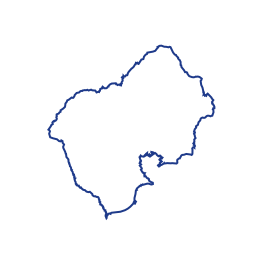 outline of Pasuruan, Jawa Timur, Indonesia, rotated 114°
{"feature_id": "22746128B81373906315979", "entity_name": "Pasuruan", "entity_type": "district", "adm_level": 2, "iso_a3": "IDN", "parent_name": "Indonesia", "parent_adm1": "Jawa Timur", "projection": "mercator", "projection_center": [112.85, -7.751], "detail": "fine", "context": "isolated", "style": "outline", "palette": "blue", "viewbox_px": 256, "rotation_deg": 114, "n_neighbors": 0, "source": "geoboundaries", "source_scale": "gbopen_adm2", "svg_char_len": 5775}
<svg xmlns="http://www.w3.org/2000/svg" viewBox="0 0 256 256"><g transform="rotate(114 128 128)"><path d="M41.5,133.6L41.5,133.2L42.6,133.4L43.1,133.7L46.4,134.5L48.1,136.3L51.3,141.0L51.9,140.8L52.8,140.8L53.7,141.7L56.2,142.4L58.8,142.0L60.0,143.6L65.2,144.4L65.3,144.7L64.5,145.9L65.0,146.3L65.2,147.3L66.6,146.9L66.9,147.4L69.7,147.7L71.7,148.5L72.1,148.9L76.4,150.2L78.3,150.4L79.6,150.1L80.1,150.2L80.7,151.3L82.2,151.7L82.5,152.7L82.2,153.3L82.7,153.1L82.7,153.5L83.9,154.0L84.2,154.1L84.6,152.7L85.5,153.0L87.0,152.1L88.7,152.4L89.5,152.3L89.7,152.0L90.2,152.3L90.3,151.9L91.0,152.1L91.9,151.7L92.1,152.5L91.7,152.8L92.0,153.1L91.9,153.8L93.0,155.0L92.7,155.6L92.9,156.6L92.5,156.8L93.0,157.6L92.5,157.3L92.2,157.5L94.0,160.9L95.4,162.1L97.1,162.8L97.7,162.7L97.7,162.9L98.5,163.3L99.5,163.3L100.5,164.0L101.3,165.7L100.6,168.0L101.6,168.1L102.3,167.7L103.5,169.2L105.5,168.8L106.0,169.3L106.9,169.1L107.0,169.8L108.3,171.2L107.1,173.1L108.1,175.9L108.0,177.3L109.8,179.3L109.6,180.6L110.6,181.7L110.9,182.8L112.2,184.7L112.8,184.9L113.2,185.9L113.8,186.5L115.4,187.1L116.9,189.2L119.6,190.1L120.7,189.9L122.5,190.2L122.9,190.5L123.1,191.9L126.4,193.7L127.4,194.7L129.0,194.6L131.1,195.1L133.3,194.4L134.5,194.2L136.8,195.2L139.3,196.8L140.6,196.2L141.7,197.0L143.0,197.2L144.5,198.7L145.2,198.6L146.1,197.8L147.3,197.9L148.3,196.9L149.2,196.7L150.5,197.0L151.5,197.8L151.4,198.1L152.1,198.3L152.0,198.7L152.8,199.1L153.8,199.3L155.0,198.3L156.6,199.3L157.7,199.2L161.9,200.0L162.1,198.8L162.7,198.0L165.3,197.7L168.1,195.3L167.9,192.3L167.2,188.3L168.0,185.6L167.6,184.1L166.9,183.8L166.7,183.4L166.5,183.5L166.6,182.5L168.1,181.7L169.1,179.7L171.6,179.6L172.6,178.9L175.4,175.6L176.8,174.5L176.8,174.1L179.5,172.5L180.9,169.7L183.2,168.5L183.6,167.7L184.1,167.6L184.8,167.0L184.8,166.6L186.5,165.5L186.5,165.1L187.6,163.8L189.2,162.9L189.2,162.2L189.8,162.2L190.6,160.7L192.2,159.7L192.2,159.1L193.1,158.7L192.9,158.3L193.6,158.1L193.9,157.2L195.1,157.0L195.1,156.6L196.0,156.3L195.8,155.8L196.3,155.9L197.8,155.1L198.6,153.9L200.1,153.1L200.1,152.4L200.8,152.3L201.2,151.2L200.8,150.8L201.1,149.9L200.8,149.4L201.4,149.1L201.5,148.2L202.1,147.4L202.0,146.9L201.6,147.0L201.4,146.7L202.3,145.4L202.3,144.6L202.7,143.9L202.3,142.0L203.0,140.1L202.7,138.1L201.8,136.9L202.8,133.8L203.9,133.0L204.1,132.0L204.2,131.1L203.6,130.1L203.8,128.8L203.5,128.4L203.3,127.1L204.0,126.1L204.6,125.9L205.2,124.9L205.6,125.0L206.3,124.5L206.4,124.1L206.7,124.1L206.9,123.4L207.4,123.6L207.5,123.1L208.4,122.6L208.7,121.8L209.0,121.9L208.9,121.4L209.1,120.5L209.5,120.5L209.7,119.0L210.1,118.6L210.8,118.5L211.0,117.8L211.6,117.8L212.0,117.1L212.2,116.2L212.6,116.0L212.5,115.4L213.0,115.4L212.9,114.9L213.9,113.7L214.4,113.8L214.9,112.9L216.4,113.0L216.5,112.4L216.8,112.6L217.4,112.3L217.7,112.5L219.2,111.0L218.8,110.9L217.5,111.6L216.2,111.2L214.9,111.2L214.1,110.7L213.7,110.4L213.6,109.0L212.9,109.1L212.2,108.7L207.6,100.9L204.3,97.3L201.8,95.4L199.0,93.9L194.3,92.2L194.3,90.9L192.0,90.8L191.9,91.8L192.3,92.4L191.6,92.3L191.6,92.6L189.3,93.6L185.3,94.3L181.8,95.4L181.2,95.2L181.3,94.9L181.0,94.7L180.7,95.2L180.1,95.3L178.9,95.0L176.8,93.9L176.3,93.9L175.5,93.2L175.6,92.8L174.8,92.8L174.9,92.4L173.6,91.6L173.8,91.2L171.0,87.8L170.4,86.4L170.2,84.0L169.9,83.2L169.0,82.9L168.6,82.9L168.6,82.7L167.9,83.1L168.0,85.0L167.7,87.0L167.0,87.8L166.2,88.0L165.8,89.0L166.1,89.6L165.8,90.7L164.9,92.2L165.5,93.3L164.7,93.8L164.3,93.7L164.1,94.0L163.5,94.0L163.3,94.4L162.5,94.3L162.9,95.2L162.5,95.7L162.8,96.4L160.8,99.3L159.6,98.8L158.9,99.4L157.6,101.9L156.1,101.2L155.6,102.8L154.9,102.5L154.6,103.1L153.4,102.7L153.2,103.2L152.4,103.0L151.9,103.9L150.1,105.5L149.8,105.2L149.4,105.4L148.0,105.2L148.4,104.2L147.8,102.0L146.4,101.7L146.7,101.2L145.9,100.6L145.7,101.0L145.0,100.6L144.4,101.0L143.2,100.4L144.1,100.1L144.8,98.7L144.1,98.0L143.3,97.9L143.6,96.7L143.8,96.6L145.1,97.1L145.2,96.3L142.2,94.6L141.8,95.4L141.4,95.3L140.8,96.5L140.6,96.3L140.3,96.6L140.0,95.3L140.6,93.6L139.8,93.2L140.2,91.4L140.8,90.8L141.4,88.8L141.0,88.5L141.1,88.0L140.2,87.6L140.1,87.2L140.9,85.8L141.0,84.5L142.0,84.7L141.9,85.3L142.3,85.5L142.3,85.9L144.2,86.4L144.6,85.5L144.1,85.3L144.9,83.5L146.9,84.7L147.7,84.1L149.3,85.2L150.0,85.4L150.6,84.1L150.1,83.6L148.8,83.2L148.0,82.3L146.0,80.9L145.4,80.7L145.7,80.4L144.1,77.8L142.8,74.4L142.2,73.5L140.7,69.2L139.7,68.8L137.5,69.9L136.8,70.0L134.5,68.6L134.5,68.3L131.5,68.1L130.5,67.5L129.7,66.0L128.0,64.2L126.7,59.8L126.8,59.1L126.1,58.6L125.0,58.8L121.5,60.3L120.8,60.9L120.0,60.9L119.4,60.8L118.8,60.2L119.0,59.4L118.4,59.7L117.2,59.5L116.7,60.0L116.7,61.0L115.7,61.0L115.5,62.0L114.9,61.9L114.8,61.5L114.0,61.9L113.6,61.7L111.6,62.8L109.7,62.2L108.8,63.3L107.3,64.2L106.7,65.4L107.0,65.7L105.1,64.9L104.5,65.4L104.5,66.2L101.9,66.5L99.9,65.9L98.8,66.6L96.6,65.4L94.1,65.9L93.2,65.6L91.7,65.1L90.2,65.4L89.4,65.2L88.2,64.3L87.8,62.6L86.9,61.6L85.3,61.1L84.4,60.3L83.9,59.1L83.7,57.3L82.5,56.4L82.4,56.0L78.8,56.3L76.5,57.6L76.4,58.1L75.5,58.1L75.6,57.6L74.7,57.5L74.6,57.2L73.6,57.6L72.5,58.7L72.6,58.9L71.0,60.9L71.3,61.1L71.0,61.4L70.3,61.4L70.0,61.8L67.8,61.4L66.9,63.6L66.3,64.0L64.2,69.2L65.1,69.6L66.7,69.6L66.6,70.0L67.0,70.5L66.6,70.6L67.2,71.0L67.0,71.4L66.6,71.1L66.3,72.3L66.6,72.5L65.5,72.7L64.6,73.2L64.8,73.7L63.3,74.5L60.8,76.4L58.9,78.6L56.1,80.4L55.4,80.8L54.3,80.5L52.9,80.7L52.3,83.4L52.6,85.2L53.3,86.2L53.4,86.9L54.4,87.8L55.1,88.9L55.5,90.3L55.7,92.9L55.6,93.5L54.1,96.0L53.3,96.5L53.3,97.7L53.8,98.6L52.5,100.2L50.6,103.9L49.1,104.9L49.1,105.5L48.6,105.8L46.3,106.8L44.9,108.4L44.7,109.5L44.0,110.6L43.3,110.8L42.6,112.8L42.2,113.5L41.8,113.8L41.9,115.2L40.7,117.5L36.8,122.1L37.0,123.2L37.8,123.8L38.3,126.2L39.0,127.9L39.2,131.0L40.2,132.7L41.5,133.6Z" fill="none" stroke="#1e3a8a" stroke-width="2"/></g></svg>